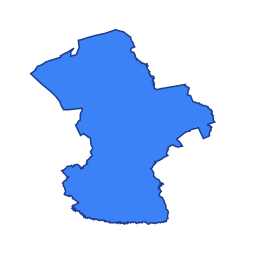 the district of Tepotzotlán, México, Mexico, rotated 260°
{"feature_id": "50627088B87639094921264", "entity_name": "Tepotzotlán", "entity_type": "district", "adm_level": 2, "iso_a3": "MEX", "parent_name": "Mexico", "parent_adm1": "México", "projection": "equal_earth", "projection_center": [-99.315, 19.719], "detail": "fine", "context": "isolated", "style": "filled", "palette": "blue", "viewbox_px": 256, "rotation_deg": 260, "n_neighbors": 0, "source": "geoboundaries", "source_scale": "gbopen_adm2", "svg_char_len": 5697}
<svg xmlns="http://www.w3.org/2000/svg" viewBox="0 0 256 256"><g transform="rotate(260 128 128)"><path d="M154.3,193.7L155.3,194.6L155.8,194.2L156.7,195.2L158.8,193.0L159.1,192.2L159.9,192.0L160.0,191.3L160.9,191.8L161.0,168.7L161.2,168.4L160.9,167.5L160.9,163.3L160.9,162.6L162.2,161.5L162.2,161.0L163.5,161.0L164.2,160.5L165.5,161.4L166.2,160.4L166.7,160.4L166.9,161.4L167.8,160.8L168.1,160.9L168.2,161.5L168.6,161.5L169.9,160.1L170.9,161.4L172.4,160.7L172.5,161.4L172.2,161.8L172.4,162.3L173.5,162.4L174.5,162.1L174.8,160.5L174.5,159.4L175.1,158.8L176.1,159.5L176.7,158.9L177.4,159.0L178.2,158.1L179.6,159.2L180.7,158.4L181.5,158.3L182.0,157.6L183.7,157.1L184.3,157.4L185.3,156.6L185.7,157.1L185.7,158.5L186.0,158.5L187.0,157.4L187.8,158.0L188.1,157.7L187.7,156.8L187.7,156.0L189.1,154.6L189.1,152.6L190.4,152.7L191.0,151.4L191.8,151.3L193.0,150.0L193.2,148.9L193.8,149.2L194.5,149.1L194.7,148.1L196.6,147.8L197.6,147.2L198.4,147.7L201.3,146.9L201.8,146.2L202.0,145.0L202.8,144.3L205.9,144.4L206.3,147.3L206.8,148.7L208.4,147.9L211.4,147.7L212.3,146.9L214.8,146.3L216.9,146.4L223.8,139.9L224.1,138.5L227.1,132.6L226.8,132.3L225.2,122.0L224.8,112.1L224.0,103.5L223.0,97.0L223.0,94.3L215.9,93.9L209.2,89.8L208.6,84.1L213.0,84.9L216.0,88.7L215.0,86.2L214.7,86.0L214.7,85.5L213.7,83.1L213.4,81.8L212.8,81.3L212.9,80.9L212.5,80.3L212.8,79.8L212.6,79.0L210.7,73.8L209.4,74.1L207.8,61.4L207.2,59.0L207.4,58.9L205.2,54.0L204.4,49.4L204.0,49.4L202.0,47.0L201.2,47.3L198.4,41.6L187.1,50.0L176.9,58.6L172.7,61.7L166.4,65.2L160.8,66.3L157.2,67.8L156.3,72.9L155.4,86.4L152.7,85.4L150.8,83.9L149.9,83.8L148.8,83.0L147.3,83.1L145.4,82.4L143.9,82.2L143.2,80.0L141.8,79.5L139.9,76.9L128.9,80.0L129.7,81.9L129.6,82.6L130.1,83.5L129.8,84.0L129.1,84.2L127.0,86.6L126.5,86.5L124.9,88.9L124.2,89.2L117.6,88.7L114.4,89.8L113.5,89.3L111.5,87.1L111.0,86.8L110.0,87.4L109.1,87.1L108.5,87.7L106.8,88.1L105.7,85.5L104.6,85.0L104.5,84.4L103.5,83.0L103.4,82.0L102.1,81.8L101.1,81.0L99.7,81.5L99.8,80.9L99.0,80.2L98.3,77.7L97.3,76.5L96.5,76.8L96.0,76.1L96.1,75.0L96.4,74.1L97.1,74.0L97.1,74.8L97.4,75.0L98.0,74.1L98.9,73.9L100.1,72.6L100.7,72.3L101.0,71.3L101.1,70.1L100.7,69.5L101.0,68.6L100.5,68.1L99.6,67.8L99.2,67.2L99.4,66.6L100.5,66.4L101.0,65.8L100.4,64.5L100.8,61.7L100.6,61.2L99.9,60.9L98.3,58.4L97.4,55.3L96.5,56.0L96.4,56.5L95.1,56.6L92.9,58.3L91.4,59.0L90.5,60.1L90.3,60.8L89.6,60.7L89.2,58.7L87.3,58.2L87.2,56.7L85.5,54.4L84.9,54.0L84.0,54.5L81.5,54.4L80.4,55.3L78.4,55.2L76.4,55.7L74.5,54.1L73.6,53.7L72.0,56.2L71.8,57.3L70.8,58.0L70.8,58.4L71.7,58.8L71.5,59.5L70.8,60.1L70.7,60.7L69.5,61.4L68.1,61.1L67.5,62.3L66.3,63.3L65.1,64.9L63.3,66.2L63.1,65.6L62.7,66.0L61.3,61.6L61.6,60.7L60.3,59.3L59.5,60.7L58.5,59.0L58.2,59.5L56.7,59.9L57.9,60.7L58.0,61.7L56.1,61.2L55.3,61.7L56.6,62.3L56.7,62.7L55.4,63.0L55.0,64.7L54.6,64.8L54.4,65.4L54.5,65.8L53.9,65.5L52.1,66.4L52.0,66.6L52.3,66.8L52.1,67.5L51.5,67.2L51.1,68.3L50.6,67.7L50.3,67.9L49.3,70.3L48.5,69.7L48.4,69.0L47.9,69.1L48.1,69.5L47.6,69.7L47.6,70.5L46.7,70.8L47.1,71.8L46.1,72.4L46.6,73.3L46.3,74.1L46.5,74.5L45.8,74.7L45.7,75.2L45.0,75.8L45.0,76.3L44.4,76.9L44.4,77.9L44.6,78.1L44.6,78.7L43.9,78.7L44.3,79.0L44.0,79.8L43.7,80.1L43.8,81.2L42.8,82.5L42.3,82.6L42.2,84.1L41.7,84.4L41.8,85.3L42.1,86.1L41.6,86.5L41.7,87.2L41.1,88.3L39.9,88.7L39.8,89.2L40.8,89.6L39.3,91.1L38.7,93.8L37.7,93.8L37.9,94.5L37.2,96.3L37.4,98.6L36.4,99.7L37.2,100.9L36.3,101.5L36.8,101.7L36.9,102.7L36.1,102.6L36.8,103.7L35.6,104.0L36.2,104.7L35.5,105.0L35.5,105.4L34.8,106.6L35.5,107.0L35.3,108.0L34.6,107.5L34.0,108.0L34.5,108.7L34.0,110.6L35.1,110.9L34.7,111.4L34.8,111.6L35.5,111.6L34.9,112.6L34.6,112.4L34.8,113.6L34.1,114.1L34.6,115.3L34.0,116.8L34.5,117.5L34.3,118.4L33.5,118.9L33.3,119.6L32.7,119.6L32.5,120.0L32.9,120.4L32.9,121.6L33.2,121.8L33.1,122.6L32.7,122.8L32.8,124.2L32.2,125.6L32.9,126.1L33.0,127.5L32.5,128.0L32.5,128.7L32.2,129.5L31.5,129.4L31.2,130.4L30.0,130.9L30.1,131.5L29.9,131.7L29.8,132.2L30.5,133.0L30.7,134.2L29.9,135.9L30.1,136.4L30.0,137.3L29.2,138.0L29.8,139.6L29.4,140.3L29.6,141.2L29.6,143.1L29.1,143.5L29.6,144.3L29.3,145.5L28.9,146.1L29.0,146.9L29.7,147.4L30.0,148.1L29.4,148.7L29.3,149.5L31.8,150.4L31.9,151.7L34.1,151.5L38.2,153.1L40.3,152.6L41.4,151.4L46.1,151.7L48.1,150.9L49.0,151.0L49.6,150.6L50.0,150.8L52.4,150.0L53.0,150.0L53.6,149.8L53.8,149.1L55.5,147.2L56.4,147.4L57.0,147.1L57.6,147.7L58.6,148.1L59.7,149.8L61.8,148.9L62.2,147.9L62.9,147.5L63.3,148.5L63.8,147.9L64.8,147.8L64.8,149.5L65.3,150.7L66.2,150.4L65.9,149.2L67.1,149.9L66.3,151.3L66.5,152.4L66.3,152.6L66.6,153.1L67.7,152.3L67.4,152.0L68.5,150.7L68.6,150.2L70.3,150.0L71.8,149.2L73.2,146.9L76.2,145.0L79.9,145.5L84.2,143.5L84.6,145.0L86.3,145.8L87.5,147.7L88.0,147.7L88.6,149.3L89.1,149.4L89.8,148.5L90.3,148.6L89.9,150.4L91.7,156.2L92.8,158.1L94.0,162.5L95.6,161.4L97.7,162.1L98.4,162.7L98.9,162.7L98.8,163.2L99.6,163.8L101.8,164.0L103.0,166.6L103.8,168.5L101.3,172.2L100.5,174.4L100.7,178.5L105.7,176.2L108.4,173.8L113.8,183.7L114.3,186.6L114.1,188.2L115.2,188.8L115.8,193.0L115.7,195.0L116.2,197.3L104.5,200.4L105.5,204.0L105.8,206.1L106.6,207.1L107.5,206.7L110.7,208.2L111.1,209.4L112.9,209.3L113.7,210.3L114.2,209.5L114.8,210.2L116.3,208.7L116.7,207.3L117.7,207.2L118.8,214.4L120.1,213.5L121.2,213.3L123.2,213.9L124.3,213.6L125.5,214.1L125.9,213.1L126.8,213.2L127.5,212.6L127.9,213.3L128.7,213.4L129.3,213.8L129.6,213.5L131.3,213.3L131.5,212.4L132.1,212.2L132.1,211.7L132.7,211.5L133.9,210.3L134.5,210.6L135.0,210.4L136.8,207.3L137.0,206.1L137.8,204.6L138.5,204.6L139.1,202.6L140.2,202.4L140.8,199.5L141.4,199.2L141.9,198.5L142.1,197.2L143.0,196.4L149.0,195.2L150.1,192.6L150.7,192.2L151.6,193.0L154.3,193.7Z" fill="#3b82f6" stroke="#1e3a8a" stroke-width="1.5"/></g></svg>